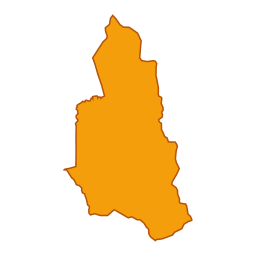 Ippy, Ouaka, Central African Republic (Natural Earth projection)
{"feature_id": "33826404B55816089636663", "entity_name": "Ippy", "entity_type": "district", "adm_level": 2, "iso_a3": "CAF", "parent_name": "Central African Republic", "parent_adm1": "Ouaka", "projection": "natural_earth1", "projection_center": [21.235, 6.7], "detail": "fine", "context": "isolated", "style": "filled", "palette": "amber", "viewbox_px": 256, "rotation_deg": 0, "n_neighbors": 0, "source": "geoboundaries", "source_scale": "gbopen_adm2", "svg_char_len": 2020}
<svg xmlns="http://www.w3.org/2000/svg" viewBox="0 0 256 256"><path d="M92.7,57.8L94.8,63.6L97.9,74.3L101.7,85.5L104.5,95.9L103.8,96.5L102.1,97.1L101.5,97.4L101.3,98.0L101.0,98.4L100.7,98.1L100.3,97.2L99.5,97.0L98.3,97.1L97.8,97.9L97.5,96.6L96.9,95.9L95.8,96.1L94.4,96.2L92.6,96.7L92.6,97.1L92.7,98.1L92.7,98.6L92.3,98.0L91.4,98.0L90.5,99.8L90.2,101.0L89.1,101.0L87.7,100.7L86.4,100.2L85.3,100.5L85.0,101.9L83.9,101.8L82.7,101.3L81.7,102.4L79.5,103.7L78.0,104.6L76.9,105.6L77.3,106.9L76.5,107.7L76.3,109.2L77.6,110.5L77.8,111.8L78.0,113.6L76.2,115.6L76.2,117.5L76.8,118.7L77.8,119.6L77.8,121.1L76.3,122.3L75.5,123.9L76.2,126.0L76.0,136.8L76.1,152.9L75.9,166.5L70.1,168.2L64.6,169.3L64.2,169.8L66.8,170.1L71.7,177.8L73.4,179.1L75.5,182.4L76.3,184.7L79.2,185.5L81.8,188.1L81.6,190.2L82.4,192.8L84.9,194.1L85.0,195.5L86.3,198.9L87.3,203.3L87.8,205.2L89.1,206.1L89.4,207.1L88.8,210.0L89.0,213.2L90.4,214.9L94.8,213.8L100.3,215.5L107.6,215.5L114.2,209.7L128.3,217.8L131.7,216.8L137.1,219.7L140.3,219.9L143.9,223.0L146.6,227.4L148.5,229.0L148.9,234.0L150.5,236.8L155.3,240.6L156.3,239.6L162.4,238.8L172.6,235.0L174.5,232.3L181.8,228.7L184.0,224.2L188.5,221.4L191.7,220.4L191.8,219.5L190.3,216.2L188.0,214.0L186.6,205.8L185.6,204.0L180.6,203.3L179.4,202.2L179.5,198.8L177.7,194.6L177.5,190.5L176.2,187.8L171.8,184.5L172.1,182.1L176.5,174.5L179.3,168.6L176.4,162.8L175.4,158.8L176.1,151.1L177.4,146.2L176.6,144.2L175.2,142.1L168.4,141.9L167.1,137.9L164.7,136.6L162.8,132.1L161.5,129.8L161.4,123.4L159.6,122.1L158.9,121.1L158.7,119.6L162.1,117.2L162.6,114.8L161.8,113.0L162.0,111.5L163.0,110.5L163.2,108.0L161.2,103.5L161.7,99.1L161.7,98.0L160.9,97.1L159.0,96.3L158.3,94.7L158.4,87.8L156.6,78.4L156.0,75.5L156.1,67.4L156.7,63.5L155.2,61.2L153.4,60.7L149.9,61.2L147.0,61.6L141.5,60.5L139.7,57.9L140.3,50.2L141.1,40.7L137.5,33.1L129.2,27.3L123.4,27.1L120.0,24.7L115.7,18.6L112.7,15.4L110.5,18.4L109.5,24.4L105.3,27.9L105.6,31.2L107.3,36.4L106.5,38.6L103.1,41.8L92.7,57.8Z" fill="#f59e0b" stroke="#b45309" stroke-width="1.5"/></svg>